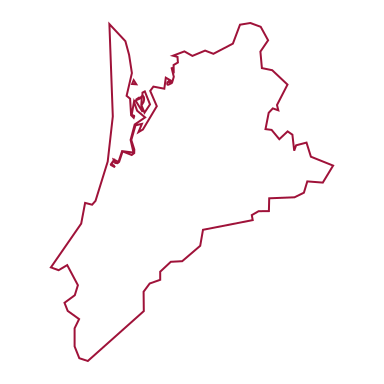 the district of Pedernales, Manabi, Ecuador
{"feature_id": "8360857B91942112022560", "entity_name": "Pedernales", "entity_type": "district", "adm_level": 2, "iso_a3": "ECU", "parent_name": "Ecuador", "parent_adm1": "Manabi", "projection": "natural_earth1", "projection_center": [-79.906, 0.068], "detail": "medium", "context": "isolated", "style": "outline", "palette": "rose", "viewbox_px": 384, "rotation_deg": 0, "n_neighbors": 0, "source": "geoboundaries", "source_scale": "gbopen_adm2", "svg_char_len": 1860}
<svg xmlns="http://www.w3.org/2000/svg" viewBox="0 0 384 384"><path d="M307.3,181.4L322.8,182.6L333.1,165.6L310.9,156.7L306.5,142.6L296.1,145.3L294.2,150.7L292.4,134.7L287.6,131.4L279.3,139.2L271.6,129.9L265.5,129.1L268.7,112.8L272.8,108.4L278.3,110.3L277.0,105.0L287.5,84.6L272.2,70.2L261.9,68.1L260.4,51.6L268.1,40.3L260.7,26.8L250.3,23.0L240.0,24.7L232.9,43.6L213.4,53.8L205.1,50.6L192.4,55.9L184.4,51.4L173.0,55.7L177.5,56.9L177.9,62.5L173.6,65.0L173.7,70.6L171.5,67.4L173.8,76.8L172.1,82.5L171.5,83.2L168.4,84.7L167.6,84.7L167.2,83.9L167.5,82.3L170.0,80.1L165.8,77.7L164.3,88.7L153.4,86.6L150.2,90.9L156.8,106.2L142.9,129.5L138.5,132.1L141.9,123.9L135.5,125.3L131.3,140.0L134.3,149.5L134.2,153.1L131.7,155.0L122.6,151.4L119.1,161.9L117.5,163.2L115.2,162.9L114.5,160.3L111.2,164.3L113.7,165.4L114.9,167.2L111.0,165.0L110.9,164.3L113.8,160.2L113.6,159.5L118.5,161.9L122.1,151.1L133.5,152.6L130.6,139.9L134.7,124.5L145.1,117.4L137.1,110.7L134.0,101.8L131.7,114.8L134.1,115.8L134.2,116.3L133.7,117.8L131.1,115.2L130.1,98.7L126.6,95.8L131.9,73.1L129.1,54.9L125.4,41.2L109.4,24.1L112.8,116.4L107.7,161.6L95.5,200.9L92.1,204.7L85.1,202.9L81.2,223.6L50.9,267.4L58.6,270.2L67.2,265.1L77.9,285.2L74.8,295.2L64.5,302.8L67.7,310.9L79.1,319.1L74.6,328.3L74.6,346.4L79.3,358.2L87.8,361.0L143.8,311.1L143.6,291.7L149.7,283.5L160.2,279.8L160.2,271.7L170.8,261.8L182.2,261.2L200.2,245.8L203.0,229.8L252.7,220.1L251.8,215.1L258.6,211.2L268.9,211.1L269.2,198.3L294.5,197.3L303.9,192.7L307.3,181.4ZM144.5,112.7L150.0,104.4L144.8,91.4L142.5,92.6L142.4,95.0L143.9,97.2L144.1,99.5L143.6,101.9L141.5,105.4L144.5,112.7ZM141.3,105.2L141.9,96.1L139.6,98.7L135.5,100.5L142.6,111.9L141.3,105.2ZM132.1,84.0L136.3,84.3L133.7,80.2L132.1,84.0ZM168.1,81.8L171.7,82.8L172.2,81.0L168.1,81.8ZM136.0,99.6L138.6,98.9L139.7,97.2L136.0,99.6Z" fill="none" stroke="#9f1239" stroke-width="2"/></svg>